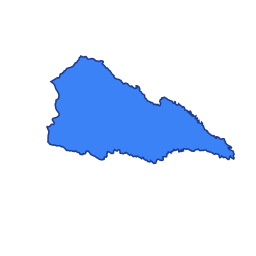 outline of Dueré, Tocantins, Brazil, rotated 145°
{"feature_id": "56859067B89764358514319", "entity_name": "Dueré", "entity_type": "district", "adm_level": 2, "iso_a3": "BRA", "parent_name": "Brazil", "parent_adm1": "Tocantins", "projection": "equal_earth", "projection_center": [-49.445, -11.379], "detail": "fine", "context": "isolated", "style": "filled", "palette": "blue", "viewbox_px": 256, "rotation_deg": 145, "n_neighbors": 0, "source": "geoboundaries", "source_scale": "gbopen_adm2", "svg_char_len": 5749}
<svg xmlns="http://www.w3.org/2000/svg" viewBox="0 0 256 256"><g transform="rotate(145 128 128)"><path d="M137.8,99.6L137.2,99.7L136.1,99.3L135.5,97.3L135.1,96.9L134.4,94.9L133.6,95.1L133.1,95.6L132.3,94.8L132.8,93.7L132.6,92.6L132.0,91.6L131.4,91.3L131.2,90.3L131.2,89.6L129.9,87.9L128.6,87.5L128.1,88.0L128.1,87.1L127.4,86.2L127.4,84.4L126.9,84.0L126.2,83.9L125.5,83.3L123.1,85.0L121.7,85.5L121.0,84.9L120.1,83.0L119.5,82.8L119.0,82.1L118.1,81.6L117.5,81.7L116.6,82.7L116.3,84.3L114.6,83.6L113.9,83.2L113.4,82.5L112.9,82.4L112.2,82.9L111.3,84.2L110.8,84.5L110.2,84.1L109.5,84.5L108.9,85.2L107.6,84.0L107.1,82.9L106.7,83.4L105.9,83.8L105.4,83.2L104.8,83.2L102.9,84.1L102.4,83.9L102.6,82.7L101.2,82.2L99.8,82.4L99.6,81.6L99.0,81.4L99.0,80.0L99.7,80.1L100.1,79.5L99.3,79.0L98.8,79.2L98.3,78.9L97.9,78.2L97.4,78.1L97.0,79.2L96.3,77.6L95.6,77.5L95.1,79.2L94.5,79.1L94.1,78.6L92.9,78.1L92.6,77.1L91.6,77.0L90.5,75.7L90.3,74.8L89.3,73.6L89.4,72.9L87.3,71.1L85.0,71.5L84.3,71.0L83.5,70.9L83.1,70.2L82.5,70.2L82.1,68.3L81.6,67.9L80.3,67.3L79.3,66.4L78.1,66.1L76.9,65.3L76.6,64.6L76.6,63.7L76.2,63.0L75.5,62.7L75.2,61.7L74.1,61.0L72.9,58.4L72.7,57.4L72.0,56.6L70.7,56.8L70.4,56.1L69.1,54.6L69.0,53.6L69.8,51.8L69.7,50.9L68.1,50.8L67.4,51.3L66.9,50.4L66.8,49.0L64.8,48.1L64.5,45.9L64.1,45.0L63.5,44.4L62.8,44.6L62.4,45.2L61.6,45.5L61.1,46.1L60.3,46.3L60.3,44.1L59.3,42.0L58.2,42.6L58.0,44.3L57.4,45.1L56.2,45.5L56.0,46.8L55.3,48.1L55.2,48.8L56.9,51.7L57.4,53.0L57.4,53.7L57.1,54.5L56.5,54.0L56.4,53.0L55.6,53.0L55.0,52.4L54.4,52.7L54.5,53.7L56.3,57.1L56.7,59.2L56.7,59.9L56.3,60.3L56.1,61.1L56.2,62.0L55.5,63.5L55.6,64.2L56.0,64.6L58.3,65.5L58.9,66.4L58.9,67.5L59.2,68.5L60.6,70.1L61.4,68.9L61.9,69.2L62.0,72.4L62.6,72.3L63.0,72.7L63.2,73.5L63.9,74.0L64.2,75.6L64.6,76.5L65.3,79.3L64.7,79.5L64.8,80.2L65.9,82.5L66.1,83.2L65.8,84.0L65.6,85.5L65.1,86.1L65.1,86.8L65.5,87.6L64.5,88.8L64.3,89.5L64.4,90.2L64.9,89.4L65.6,89.7L66.3,90.6L66.6,91.5L67.6,92.4L67.1,92.8L65.8,92.9L65.6,93.6L66.7,93.4L67.1,93.9L67.0,94.7L66.6,95.5L65.8,95.8L65.6,96.5L67.4,97.1L67.1,97.6L65.5,99.0L66.8,99.3L68.6,101.0L68.2,101.7L68.7,102.3L67.6,104.2L67.3,105.2L67.4,106.2L68.0,106.1L68.1,104.3L69.1,103.9L69.3,104.5L69.2,105.4L68.8,105.9L68.9,106.6L69.4,106.4L70.0,107.0L69.6,107.8L69.5,108.5L71.1,110.1L70.4,111.4L70.1,112.9L70.5,113.7L71.5,113.7L71.7,115.6L72.4,117.4L72.6,118.8L73.5,118.2L74.1,118.2L75.0,119.4L75.3,120.2L75.1,120.9L74.2,122.2L74.5,122.7L75.4,122.0L76.1,121.8L76.8,122.5L76.7,123.4L76.3,124.1L78.9,128.1L79.5,130.2L80.2,131.0L80.3,131.9L80.7,132.5L81.3,132.4L82.1,132.7L82.7,133.2L83.2,133.2L83.6,132.5L84.0,132.2L84.9,132.7L85.4,132.6L86.0,132.1L86.6,131.8L87.2,129.3L87.8,129.1L88.2,128.3L89.0,128.0L89.6,128.4L89.9,129.7L90.2,130.3L91.2,130.2L91.3,130.9L92.2,132.1L93.5,132.4L93.3,134.0L94.0,135.4L94.6,135.6L94.9,136.1L94.9,136.8L96.5,139.1L96.4,141.8L96.8,142.4L96.9,143.3L95.8,145.0L95.7,146.2L96.2,146.7L96.7,148.5L96.5,150.1L97.1,151.7L96.7,152.9L96.1,153.0L95.8,153.7L95.5,155.4L96.0,156.9L97.1,157.9L97.4,157.4L97.5,156.0L97.9,155.7L98.7,155.8L99.0,156.5L99.7,156.4L100.1,156.9L100.3,158.2L101.1,159.3L100.7,159.8L101.0,160.4L101.9,160.4L102.7,161.8L103.0,163.3L102.9,164.0L103.2,164.8L104.0,165.9L104.6,166.3L105.0,166.5L106.1,166.4L106.4,166.9L106.8,170.5L106.5,171.0L107.0,171.5L107.7,173.2L109.2,174.5L110.1,176.2L110.3,178.0L110.0,178.5L109.4,178.9L110.2,181.6L110.0,182.5L110.2,183.3L109.9,184.1L110.0,185.7L110.5,186.3L110.5,188.6L110.7,189.3L111.5,189.6L111.7,190.5L111.5,191.1L111.7,192.9L112.2,194.7L112.1,195.5L110.5,196.1L110.2,196.6L110.7,198.0L111.4,198.5L112.1,198.6L112.8,199.1L113.9,199.3L114.2,200.0L116.0,201.7L116.3,202.5L116.0,203.1L116.9,204.9L117.6,205.2L118.0,205.8L121.1,207.1L121.5,208.0L121.3,209.3L121.4,210.5L122.4,211.3L123.8,211.6L124.6,212.4L124.8,213.2L125.3,214.0L126.8,213.4L127.5,213.5L129.1,212.1L131.2,211.8L131.9,211.3L132.5,211.1L133.1,211.2L133.8,211.6L135.9,210.7L136.7,210.6L137.1,210.1L139.4,210.3L144.0,211.9L146.5,210.9L147.2,211.3L147.8,211.3L148.8,210.5L149.3,210.8L149.9,210.8L150.5,210.2L151.9,211.0L152.7,211.0L155.1,208.7L156.0,208.7L156.7,209.6L164.6,210.2L163.6,207.5L163.5,206.0L163.7,204.5L164.5,202.0L164.8,200.3L164.8,197.9L165.4,195.2L165.8,194.3L167.7,192.2L168.4,192.0L171.0,192.1L172.2,190.4L173.7,189.5L174.2,188.9L175.8,185.6L176.2,183.9L176.2,180.1L176.3,179.4L176.8,178.2L177.2,177.9L179.3,177.5L181.3,177.9L183.7,178.8L184.8,178.7L185.3,178.0L185.5,174.7L185.8,174.0L186.4,173.7L187.1,173.7L188.3,174.8L188.9,174.9L190.1,174.5L191.9,174.3L193.3,175.5L193.8,175.4L194.7,170.5L197.8,167.5L200.0,164.6L200.4,163.8L201.4,162.9L201.6,162.0L201.2,160.1L201.4,159.5L199.3,157.1L197.4,155.6L196.8,154.4L194.1,152.6L193.6,151.9L193.4,150.8L192.8,150.7L192.3,150.1L191.4,147.8L191.4,146.0L191.1,144.7L189.8,143.9L188.9,142.7L187.1,141.6L186.6,140.7L185.2,139.3L184.3,139.5L183.9,139.1L183.6,137.5L182.1,135.7L182.3,133.9L180.6,132.3L180.1,132.1L179.6,132.7L179.1,132.6L178.2,131.5L176.8,131.9L176.3,132.5L175.8,132.3L174.8,132.7L173.7,131.5L173.8,130.7L173.6,129.6L173.8,128.2L173.6,127.6L171.9,124.5L171.4,124.1L170.6,121.5L170.0,120.9L169.9,119.9L169.3,118.7L168.0,117.1L165.9,116.1L165.3,116.2L165.0,116.9L163.9,117.6L163.3,117.5L162.6,116.6L161.9,116.8L161.0,117.3L160.8,118.3L159.4,119.3L159.0,120.0L158.4,120.4L158.0,119.7L157.1,119.2L156.3,116.7L155.4,116.0L154.2,115.9L153.2,117.1L151.4,118.0L151.2,117.0L150.9,116.3L149.9,115.3L149.4,115.7L148.6,115.6L147.4,114.9L148.0,113.3L148.8,112.3L148.8,111.7L147.6,110.8L146.7,109.6L145.8,109.6L144.6,108.9L144.1,109.3L143.5,109.0L142.8,106.2L142.2,104.7L141.4,104.5L140.7,104.1L140.1,101.5L138.7,101.0L138.1,100.5L137.8,99.6ZM68.2,101.7L67.7,101.2L67.2,101.2L67.4,101.9L68.2,101.7Z" fill="#3b82f6" stroke="#1e3a8a" stroke-width="1.5"/></g></svg>